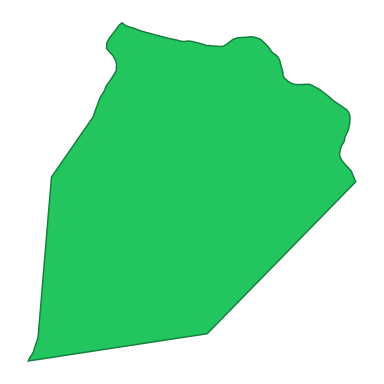 outline of Derierre Morne, Vieux Fort, Saint Lucia
{"feature_id": "8701671B33635631845794", "entity_name": "Derierre Morne", "entity_type": "district", "adm_level": 2, "iso_a3": "LCA", "parent_name": "Saint Lucia", "parent_adm1": "Vieux Fort", "projection": "orthographic", "projection_center": [-60.96, 13.741], "detail": "fine", "context": "isolated", "style": "filled", "palette": "green", "viewbox_px": 384, "rotation_deg": 0, "n_neighbors": 0, "source": "geoboundaries", "source_scale": "gbopen_adm2", "svg_char_len": 1993}
<svg xmlns="http://www.w3.org/2000/svg" viewBox="0 0 384 384"><path d="M355.7,181.8L352.6,174.5L351.3,171.2L348.6,168.1L345.2,164.5L342.0,160.6L339.9,156.7L339.5,153.2L341.2,146.5L344.5,140.6L344.8,137.3L345.3,136.5L346.1,134.6L346.8,133.0L348.4,129.8L349.0,126.7L349.7,123.2L349.9,120.4L350.0,118.1L349.8,115.6L349.3,114.3L349.0,113.3L348.3,112.0L348.1,111.5L346.9,110.1L345.2,108.8L343.0,107.2L341.2,106.0L338.4,104.1L336.9,103.1L334.4,101.4L333.0,100.3L331.5,99.0L330.2,97.9L329.6,97.3L327.6,95.6L325.3,93.8L324.6,93.3L323.3,92.3L319.3,89.3L317.2,88.1L315.2,87.2L312.9,85.8L310.7,84.7L308.7,84.2L304.0,84.4L298.8,84.6L294.5,84.4L291.7,83.4L289.1,82.0L288.5,81.6L285.2,78.9L283.9,77.5L283.1,75.6L282.9,73.2L282.8,72.3L282.0,68.9L281.4,66.8L280.7,64.8L280.2,62.0L279.4,59.8L279.1,59.2L278.2,57.6L277.2,56.2L276.3,55.3L275.3,54.6L274.4,54.1L273.2,53.3L272.2,52.3L271.6,51.5L270.5,50.1L270.0,49.2L269.5,48.4L268.1,46.7L265.9,44.3L265.4,43.8L262.8,41.3L261.8,40.4L261.4,40.0L260.6,39.5L259.8,38.9L256.4,37.8L255.1,37.4L253.5,37.0L250.0,36.8L247.0,37.2L241.7,37.5L239.3,37.6L238.0,37.6L233.0,39.4L230.4,41.3L227.7,43.5L224.2,45.8L222.3,46.4L219.1,46.4L212.6,46.0L209.8,45.5L207.5,45.8L205.1,45.0L203.0,44.3L199.8,43.4L196.4,42.6L192.7,41.6L189.1,41.0L187.5,41.1L186.4,41.2L184.1,41.5L180.7,41.2L177.5,40.2L167.0,38.0L162.8,36.8L156.2,35.2L154.5,34.7L150.3,33.5L149.5,33.3L146.0,32.4L140.3,30.7L133.7,28.2L130.4,27.3L128.5,26.8L127.9,26.5L126.3,25.8L125.1,25.3L123.1,23.6L122.6,23.1L121.9,23.0L119.5,24.9L119.0,25.4L115.8,29.9L109.3,38.2L108.1,40.5L106.9,42.7L106.7,46.1L106.5,48.5L107.7,49.8L109.7,52.2L112.9,55.5L115.8,60.9L116.1,62.3L116.6,64.6L116.4,67.8L116.2,70.8L111.9,77.8L110.9,79.5L106.1,86.1L105.3,88.3L104.5,90.6L100.1,97.6L94.9,111.7L93.3,116.7L78.4,138.2L51.5,177.0L38.1,337.2L37.6,338.8L36.9,341.2L34.5,347.9L33.8,350.7L33.5,351.7L31.4,355.4L30.2,357.0L29.7,358.0L28.7,360.0L28.3,361.0L159.8,340.9L207.2,333.7L355.7,181.8Z" fill="#22c55e" stroke="#15803d" stroke-width="1.5"/></svg>